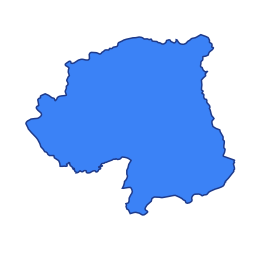 Tien Phuoc, Quàng Nam, Vietnam, rotated 261°
{"feature_id": "81297802B51785257245499", "entity_name": "Tien Phuoc", "entity_type": "district", "adm_level": 2, "iso_a3": "VNM", "parent_name": "Vietnam", "parent_adm1": "Quàng Nam", "projection": "equal_earth", "projection_center": [108.26, 15.491], "detail": "fine", "context": "isolated", "style": "filled", "palette": "blue", "viewbox_px": 256, "rotation_deg": 261, "n_neighbors": 0, "source": "geoboundaries", "source_scale": "gbopen_adm2", "svg_char_len": 5771}
<svg xmlns="http://www.w3.org/2000/svg" viewBox="0 0 256 256"><g transform="rotate(261 128 128)"><path d="M208.8,214.5L207.1,210.1L206.6,208.4L206.5,205.5L206.3,204.6L205.0,202.6L204.3,200.7L202.5,198.4L202.1,196.8L202.0,196.0L202.3,194.4L202.7,193.4L203.3,192.4L204.6,191.4L207.4,190.1L207.7,189.4L206.6,189.3L205.7,188.7L205.0,187.8L204.8,187.2L204.9,186.6L206.8,183.8L207.9,183.5L208.4,183.1L208.7,182.3L208.4,179.8L206.7,178.9L206.0,177.9L205.4,176.4L205.5,175.4L205.9,174.4L206.8,173.4L207.4,172.1L207.6,171.2L208.7,170.2L208.9,170.0L209.8,166.3L210.2,165.5L211.6,165.1L212.2,164.7L212.0,163.2L212.0,162.7L213.0,161.0L213.3,158.6L213.4,157.9L214.8,156.5L215.4,155.5L216.0,153.7L216.1,153.1L216.0,149.8L216.3,146.9L215.9,140.2L215.5,137.5L214.9,136.0L213.8,132.1L213.1,131.4L211.3,130.8L210.4,130.0L210.2,129.6L210.1,126.4L210.0,125.9L209.2,125.0L209.1,124.5L209.1,123.5L209.5,122.6L209.4,122.3L209.3,122.1L208.4,121.6L208.1,121.0L208.6,118.4L208.5,117.4L208.2,116.7L207.6,116.1L206.8,114.1L205.9,113.2L205.5,112.3L205.5,111.5L206.9,109.4L207.4,108.3L208.4,103.8L208.3,102.8L207.8,102.0L206.7,101.2L202.6,100.8L201.9,100.2L201.4,99.1L201.8,96.9L202.9,94.2L203.2,92.4L202.8,89.6L200.7,85.0L200.5,83.3L200.8,82.2L201.0,81.9L202.7,81.7L202.9,81.4L203.1,80.7L203.0,80.1L201.7,77.4L200.9,76.1L200.7,76.0L199.8,76.0L199.4,76.2L198.0,77.9L196.7,79.0L196.2,79.0L194.9,78.3L192.6,77.7L189.0,78.3L188.8,78.2L188.1,77.2L187.6,76.8L184.9,75.0L184.1,75.0L182.4,75.6L180.8,75.7L179.9,75.1L178.9,73.6L176.7,73.3L174.3,71.8L173.4,71.7L170.5,72.3L170.1,72.2L169.9,71.0L170.1,67.1L170.0,65.1L169.7,64.1L169.1,63.0L167.9,62.3L167.3,61.7L166.6,60.9L166.4,60.4L166.6,60.2L168.6,59.8L169.0,59.4L169.8,57.6L172.7,54.7L174.5,51.9L174.7,51.6L174.6,51.0L173.9,48.3L173.5,47.0L173.1,46.5L171.6,46.3L171.1,44.5L170.3,43.5L169.8,43.3L166.4,43.4L164.3,43.3L164.1,43.1L163.7,41.7L163.2,41.0L162.4,40.6L161.5,40.7L159.6,41.8L156.5,44.4L155.2,44.7L154.2,44.5L153.7,44.1L152.6,42.6L151.9,41.1L151.7,40.0L151.9,37.2L152.0,33.6L151.9,33.3L151.5,32.4L150.7,30.0L149.9,28.8L148.8,28.0L148.1,27.9L143.9,29.2L142.7,29.4L138.6,31.9L133.0,35.8L130.8,37.0L126.4,38.5L123.1,39.0L120.1,41.0L117.7,42.0L117.0,43.4L116.5,43.9L116.0,44.3L114.4,44.8L113.1,46.1L112.4,50.3L112.0,50.5L110.1,50.6L107.1,53.9L106.1,54.6L103.7,55.1L100.8,55.0L100.4,57.1L100.3,59.1L99.9,60.6L99.9,61.6L100.1,61.9L100.4,62.0L101.5,61.7L101.9,61.7L102.0,62.9L102.2,63.3L103.1,63.8L103.0,64.4L102.9,64.8L102.4,64.9L101.3,64.8L100.8,65.1L99.9,65.0L98.8,66.3L97.7,66.9L97.0,67.0L96.8,68.1L96.3,68.6L95.8,68.6L95.6,67.8L94.8,68.6L93.8,68.7L92.9,69.2L92.2,70.3L91.8,70.0L91.8,70.9L92.1,72.1L93.2,73.8L93.2,74.1L92.6,74.6L92.1,75.3L91.9,76.1L92.0,76.7L92.6,77.6L92.7,78.0L92.7,78.7L92.4,79.8L91.7,80.1L91.0,79.9L90.7,80.0L90.4,80.2L90.0,80.8L89.8,82.2L89.8,83.4L90.9,86.2L91.1,87.9L90.7,89.0L90.0,89.2L89.6,89.6L89.5,90.5L90.0,91.5L91.7,92.9L91.8,94.1L92.2,94.6L92.9,94.6L93.4,94.0L93.8,93.0L94.1,93.0L94.5,94.0L94.2,95.7L94.3,96.2L94.6,96.7L94.9,96.6L95.6,95.3L95.8,95.4L96.9,96.5L97.0,97.5L96.9,98.8L97.5,99.7L97.5,101.2L98.1,103.4L98.2,104.2L98.6,105.9L98.7,107.0L99.2,107.9L99.4,108.8L99.4,109.5L99.1,110.3L99.2,110.8L99.5,111.3L99.3,111.7L98.9,112.1L98.6,112.6L98.5,113.7L98.6,115.1L98.9,115.7L100.3,117.7L99.5,120.4L98.8,122.1L97.9,123.6L95.6,126.0L95.1,125.7L92.0,123.1L88.6,121.7L86.4,120.2L82.6,119.6L80.7,120.0L79.5,119.6L77.9,118.6L76.8,117.6L75.8,116.2L74.5,115.9L72.9,115.2L71.5,114.5L69.4,113.0L69.2,113.8L69.2,118.9L69.0,120.7L68.9,121.1L68.4,121.5L66.6,122.2L64.3,122.3L62.7,121.4L61.4,120.2L58.6,118.2L55.6,117.6L54.3,116.9L54.1,116.6L53.8,115.9L53.6,114.1L52.3,114.4L52.0,114.4L50.8,113.8L48.3,114.2L48.0,114.3L47.2,115.5L46.6,115.8L43.1,116.8L43.6,120.7L43.5,122.5L42.1,125.9L40.4,127.9L39.9,128.6L39.7,130.2L40.2,131.5L41.3,133.5L41.9,134.2L42.2,134.3L42.8,134.1L44.1,132.7L44.7,132.3L45.6,132.2L47.0,133.0L49.0,134.8L52.0,139.5L54.6,140.6L55.5,142.5L55.7,143.3L54.7,148.2L54.1,149.9L53.9,150.9L54.0,156.5L54.2,161.4L54.2,163.2L54.0,164.3L51.7,167.9L49.9,170.2L48.3,171.5L47.2,173.1L45.6,173.4L44.9,173.8L44.4,175.0L44.6,177.2L45.5,179.1L45.9,179.6L46.9,180.0L48.3,179.9L49.3,180.1L50.3,180.7L51.2,181.6L51.9,182.7L52.1,183.4L52.1,184.2L51.7,187.6L50.9,189.2L49.6,190.4L49.5,190.7L49.5,191.0L50.0,192.8L49.9,194.7L50.1,195.6L52.0,197.8L52.8,199.8L54.0,204.4L54.5,208.0L55.1,210.8L55.7,212.6L56.0,213.1L56.9,214.0L59.2,215.3L59.5,216.0L60.1,215.9L62.7,219.3L68.3,225.4L68.7,225.7L69.7,225.8L70.3,226.2L70.6,226.7L71.8,226.9L76.0,226.5L76.4,226.7L77.1,227.7L77.8,227.4L78.6,227.6L79.2,228.1L79.5,228.1L79.8,227.7L81.0,225.5L85.0,218.1L85.4,217.7L86.4,217.9L88.6,219.4L89.6,219.8L91.6,220.5L92.1,220.5L92.8,219.9L93.8,219.6L95.4,219.9L98.4,220.8L99.5,221.0L100.1,221.0L100.6,220.7L101.8,219.9L102.9,220.3L104.5,220.5L109.8,218.5L111.8,218.3L113.9,214.7L116.2,212.1L119.4,211.7L120.8,211.8L121.8,212.1L123.8,214.4L124.8,214.0L126.9,212.7L128.9,212.3L132.9,212.0L134.5,211.4L135.8,212.2L137.4,212.0L140.8,209.9L141.6,209.8L142.4,210.2L143.9,210.0L144.1,209.3L145.0,208.0L146.8,207.6L148.7,208.1L149.2,208.1L149.7,207.8L150.4,206.8L151.0,206.5L152.4,207.8L152.9,207.8L153.9,206.7L154.4,206.6L156.0,206.9L159.0,207.7L163.8,208.0L164.3,208.5L165.7,210.2L167.4,212.8L168.4,212.9L169.3,212.7L171.4,215.2L171.5,215.1L171.4,213.2L171.7,212.7L172.9,211.7L174.0,211.1L176.1,210.7L177.1,209.4L177.5,209.3L178.6,209.5L180.2,210.1L181.0,210.1L182.1,210.6L182.5,210.9L183.3,212.2L184.3,212.7L186.5,213.0L186.8,213.4L186.8,215.7L187.0,216.9L187.6,218.7L189.0,219.3L190.0,220.0L190.7,220.9L192.2,223.6L193.2,224.6L193.8,224.9L194.2,224.7L194.8,223.5L195.5,223.5L196.6,224.0L198.0,223.9L198.5,223.5L199.7,222.0L199.9,221.9L202.0,222.2L204.5,221.4L204.9,221.1L206.3,219.1L208.8,214.5Z" fill="#3b82f6" stroke="#1e3a8a" stroke-width="1.5"/></g></svg>